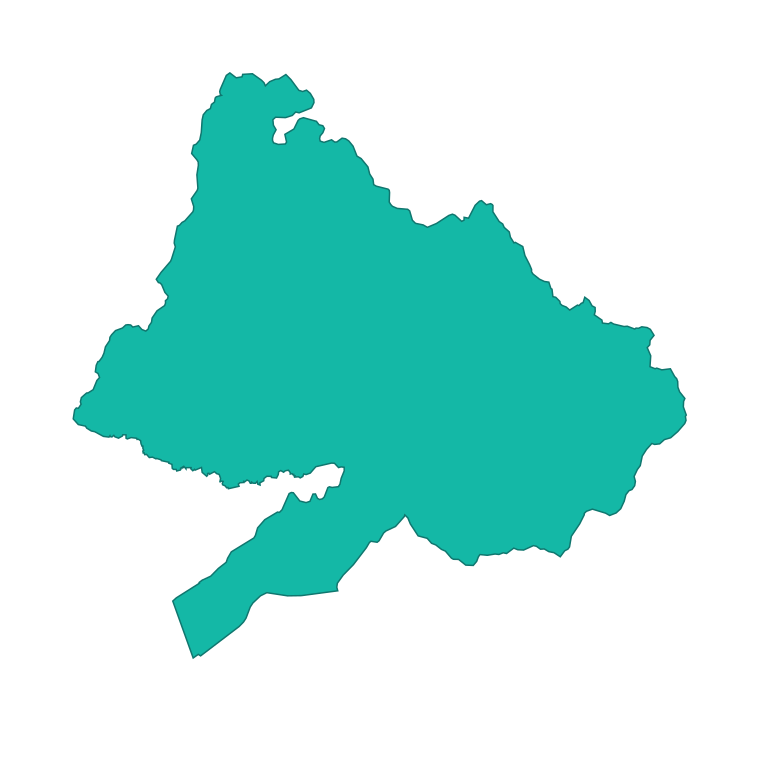 outline of Sekyere Kumawu, Ashanti, Ghana, rotated 187°
{"feature_id": "2480657B32008532681061", "entity_name": "Sekyere Kumawu", "entity_type": "district", "adm_level": 2, "iso_a3": "GHA", "parent_name": "Ghana", "parent_adm1": "Ashanti", "projection": "equal_earth", "projection_center": [-1.235, 6.909], "detail": "fine", "context": "isolated", "style": "filled", "palette": "teal", "viewbox_px": 768, "rotation_deg": 187, "n_neighbors": 0, "source": "geoboundaries", "source_scale": "gbopen_adm2", "svg_char_len": 6152}
<svg xmlns="http://www.w3.org/2000/svg" viewBox="0 0 768 768"><g transform="rotate(187 384 384)"><path d="M83.6,406.3L89.6,412.2L91.9,416.6L92.8,422.3L94.2,425.0L96.4,426.8L101.6,434.0L110.0,431.9L115.2,433.0L116.8,432.2L122.1,433.6L122.7,444.5L127.2,452.2L125.0,455.3L125.2,459.8L121.9,465.2L126.3,470.7L129.7,472.1L135.1,472.2L138.2,470.3L140.7,470.2L141.8,469.1L149.6,471.0L152.7,470.3L163.4,471.5L166.3,472.8L168.5,471.1L174.6,471.1L175.5,474.0L183.7,478.3L183.2,481.8L183.8,485.7L187.0,486.9L190.6,491.9L195.3,494.6L196.3,489.0L198.0,488.2L200.0,485.6L201.6,485.9L208.7,480.0L212.5,482.6L216.8,483.7L218.9,485.2L219.5,487.4L224.1,491.0L227.0,491.3L228.8,498.6L230.0,499.1L232.8,505.2L237.3,505.3L242.5,507.0L249.5,511.3L251.2,513.3L251.5,515.7L254.0,520.1L259.8,528.7L263.0,537.3L271.0,540.6L272.2,539.9L276.4,545.1L278.2,550.2L283.8,554.1L285.7,557.3L289.5,559.3L296.9,568.2L297.6,574.4L298.4,575.3L300.1,576.0L304.3,574.4L309.5,577.9L311.5,577.1L315.3,572.5L320.3,558.9L324.8,559.2L324.5,556.4L326.7,554.9L334.1,560.2L336.8,560.9L340.2,559.2L351.5,549.7L360.0,544.8L364.6,546.7L372.3,547.3L375.8,550.0L379.6,558.9L381.8,560.3L392.3,559.9L397.3,561.4L399.2,563.0L401.0,565.3L401.8,574.7L402.4,576.9L403.7,577.9L415.7,579.4L418.5,580.6L419.9,586.0L423.8,590.7L426.4,597.5L434.1,604.9L438.6,606.9L443.7,616.3L448.5,620.9L452.0,622.7L455.6,622.9L460.3,618.5L462.4,618.1L465.8,620.0L473.0,616.5L476.9,617.3L477.8,619.6L477.6,622.4L475.3,626.0L474.2,630.3L476.2,632.9L480.1,633.4L483.1,636.5L496.4,638.5L499.9,636.9L501.4,635.1L504.5,626.1L512.8,619.7L510.2,612.2L511.2,610.2L518.2,608.9L523.0,609.9L524.3,612.1L524.6,614.5L524.2,617.7L522.1,623.2L525.3,627.4L526.5,632.8L524.1,635.6L514.2,636.4L507.7,639.4L504.8,643.2L501.3,642.8L489.7,649.2L487.8,654.7L488.4,658.0L492.6,663.5L496.7,666.2L500.4,664.4L504.3,665.1L513.5,674.8L519.1,679.2L525.5,674.0L529.0,673.2L534.2,670.2L538.1,665.5L539.8,668.4L542.6,670.6L552.4,675.9L562.0,674.1L562.3,671.6L568.0,669.9L574.9,674.0L578.1,671.1L582.4,656.6L582.7,654.2L581.7,651.4L580.5,650.7L585.5,648.6L586.4,647.3L586.6,643.2L589.3,640.5L589.9,636.2L593.2,633.9L596.2,629.2L596.7,624.0L596.0,611.4L596.6,603.7L599.6,599.2L602.2,597.7L603.0,589.3L597.2,583.9L595.5,581.8L594.9,578.4L595.2,568.8L592.6,555.7L593.0,553.4L597.8,544.3L594.5,537.0L594.3,533.7L594.6,531.8L601.5,521.7L604.2,519.7L606.4,516.5L608.3,515.5L609.5,501.2L609.4,498.3L607.8,494.7L610.1,482.2L610.8,479.8L618.9,467.6L622.8,460.2L620.3,457.2L618.4,456.9L616.7,455.4L612.6,448.2L608.9,444.9L609.2,442.2L611.1,440.0L610.7,437.7L611.3,435.1L618.2,429.0L622.2,421.2L622.3,416.9L624.4,412.9L624.7,409.9L626.9,407.5L631.0,408.6L634.8,411.9L640.3,409.9L642.6,411.7L645.3,411.7L647.5,411.1L650.4,407.7L657.0,404.3L660.3,399.8L661.7,397.0L661.7,393.6L665.0,387.0L665.7,380.5L667.0,376.2L669.5,371.8L670.7,371.3L671.9,367.5L672.0,360.9L669.1,359.6L667.1,355.8L669.4,352.5L672.0,342.9L676.5,339.2L678.1,338.8L682.7,333.7L683.2,329.3L682.2,327.0L684.4,322.6L686.5,322.7L687.9,320.5L688.2,311.5L682.5,306.5L675.2,305.8L673.6,303.9L668.8,301.7L665.3,301.4L656.1,297.8L650.5,297.8L649.7,299.3L649.2,298.4L647.6,298.3L645.9,300.1L644.7,298.8L640.9,297.9L637.3,300.5L637.0,301.8L633.9,302.1L633.4,298.7L632.1,298.2L628.5,300.0L622.9,300.0L622.4,298.9L621.0,299.2L618.7,298.1L617.9,295.1L616.5,292.7L615.8,292.9L615.4,290.5L614.4,289.0L615.2,288.1L614.6,286.2L613.8,286.5L612.9,284.7L611.1,285.2L608.0,282.4L604.9,283.2L601.2,281.9L600.6,282.4L596.1,281.6L595.6,280.8L588.0,280.1L588.0,279.2L584.7,278.4L583.9,274.5L582.6,273.6L579.8,273.9L579.1,272.4L575.6,273.8L575.1,275.1L575.6,275.6L573.2,277.5L573.2,276.5L572.2,277.5L570.2,275.6L570.3,276.8L565.3,277.5L565.4,276.3L563.2,274.6L561.6,276.2L561.0,275.5L555.0,278.9L553.7,274.1L548.7,270.8L547.8,272.3L548.2,273.7L546.9,274.1L546.1,273.2L541.6,276.3L539.1,274.6L536.6,274.2L534.7,270.4L535.0,266.4L534.2,267.8L531.8,267.7L532.4,265.7L531.9,264.3L529.4,263.6L527.5,261.8L526.3,262.3L525.7,261.1L515.4,264.8L516.4,267.0L515.0,268.4L511.0,269.2L511.3,270.3L510.0,270.2L508.3,272.0L506.1,271.3L504.6,269.2L503.7,269.3L503.4,270.5L502.1,269.6L499.5,269.8L498.1,271.8L497.1,269.2L494.7,268.6L495.2,270.7L491.6,273.3L491.6,275.6L489.1,278.1L484.7,278.6L484.3,277.5L479.2,277.6L477.9,281.2L477.9,284.0L475.9,285.5L472.9,284.2L471.3,285.9L468.3,286.8L466.2,284.6L466.1,283.2L464.2,283.8L463.2,282.8L462.6,283.2L462.1,281.8L461.2,282.0L461.3,280.7L457.6,281.5L455.7,280.6L453.3,282.3L452.7,284.9L450.3,284.6L446.3,286.6L441.6,293.6L426.5,299.1L423.5,299.3L418.9,295.5L416.5,296.5L413.4,296.5L412.9,292.9L415.0,285.2L415.5,279.2L416.8,276.5L422.9,275.0L425.7,275.3L427.1,274.3L429.5,264.6L431.2,262.5L433.9,261.5L436.1,262.4L438.6,266.5L441.1,266.1L443.2,258.5L446.9,256.8L453.3,257.6L460.7,265.0L462.8,265.0L464.8,263.7L469.9,246.7L472.2,243.8L474.1,243.9L485.8,234.8L491.9,225.8L493.2,218.0L494.4,215.3L515.1,198.8L518.0,192.0L518.9,187.8L525.9,180.8L532.6,172.1L540.5,167.2L543.3,164.5L542.9,163.8L564.1,146.4L567.2,142.8L540.0,88.8L535.4,93.0L532.9,91.8L498.2,125.7L494.4,130.7L492.4,134.8L489.6,146.3L487.5,150.6L480.8,158.7L474.9,162.6L453.9,162.0L440.2,163.9L404.7,173.1L406.1,176.5L406.0,180.6L401.2,189.4L392.4,200.9L381.6,219.3L379.2,224.8L377.8,226.3L371.5,226.1L369.8,227.8L366.2,236.1L364.1,238.4L355.2,244.0L347.7,254.9L347.4,256.6L344.0,254.0L340.8,248.3L331.6,237.4L322.3,236.1L317.4,231.7L313.0,230.6L306.9,226.9L302.7,225.6L295.9,219.4L293.8,218.5L288.6,219.0L280.8,214.2L273.3,214.8L270.4,219.2L269.3,223.9L268.0,226.4L260.5,226.6L253.0,228.8L249.2,228.8L245.1,231.0L241.7,230.7L235.2,236.9L231.1,235.8L225.2,236.2L216.0,241.8L212.9,241.5L208.6,239.1L204.8,239.8L200.0,237.7L194.7,237.3L188.0,234.0L184.3,240.5L181.3,242.5L180.0,244.9L179.5,255.7L172.7,269.1L169.3,278.6L169.5,279.9L167.6,282.3L161.9,285.2L148.3,282.8L144.0,281.0L137.9,284.3L133.8,289.1L131.3,296.9L130.4,303.7L127.8,308.0L125.0,309.5L122.8,313.6L122.6,318.0L124.5,322.7L122.1,330.0L119.7,334.2L118.9,343.9L115.5,351.0L110.9,357.6L108.1,357.0L103.1,358.2L98.9,363.0L92.9,365.6L86.6,372.6L80.7,381.4L79.8,384.7L80.9,388.6L80.2,390.0L84.1,397.8L84.5,403.3L83.6,406.3Z" fill="#14b8a6" stroke="#0f766e" stroke-width="1.5"/></g></svg>